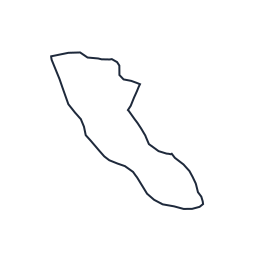 the district of Ifedayo, Osun, Nigeria, rotated 112°
{"feature_id": "59680162B7861486631755", "entity_name": "Ifedayo", "entity_type": "district", "adm_level": 2, "iso_a3": "NGA", "parent_name": "Nigeria", "parent_adm1": "Osun", "projection": "equal_earth", "projection_center": [4.991, 7.987], "detail": "fine", "context": "isolated", "style": "outline", "palette": "slate", "viewbox_px": 256, "rotation_deg": 112, "n_neighbors": 0, "source": "geoboundaries", "source_scale": "gbopen_adm2", "svg_char_len": 1091}
<svg xmlns="http://www.w3.org/2000/svg" viewBox="0 0 256 256"><g transform="rotate(112 128 128)"><path d="M91.0,225.8L93.3,224.4L108.3,209.8L114.5,204.4L117.8,201.5L128.3,192.2L133.5,183.0L136.7,176.6L137.4,175.1L143.3,169.3L150.5,164.5L153.7,157.9L159.9,146.0L163.2,139.4L163.6,138.0L164.9,133.3L164.9,124.5L164.5,116.5L164.6,116.2L165.7,111.5L166.6,107.8L166.8,106.9L169.1,103.3L170.4,101.1L181.8,85.7L184.8,76.9L185.8,67.3L183.4,56.0L182.2,46.1L178.9,38.2L174.3,32.1L170.4,29.9L168.1,31.2L164.2,34.3L161.3,39.1L155.1,43.6L154.1,44.4L153.7,44.8L149.2,49.7L144.9,54.9L141.0,62.9L138.1,73.4L135.5,77.8L136.3,78.5L136.7,80.7L137.3,82.7L137.5,85.1L138.0,91.0L135.1,102.6L129.4,108.3L128.5,109.1L127.0,111.1L123.5,115.7L119.7,121.2L117.5,124.9L112.0,133.5L111.4,134.8L106.4,133.8L104.5,133.8L102.0,133.8L99.0,133.8L97.5,133.8L93.1,133.6L90.1,133.5L86.0,133.5L82.9,133.3L82.9,136.7L83.1,142.7L84.6,150.3L82.1,155.8L73.4,159.4L71.0,162.8L70.2,168.8L71.3,170.6L74.2,178.2L74.7,181.7L77.8,191.9L75.9,200.7L80.6,211.4L90.3,226.1L91.0,225.8Z" fill="none" stroke="#1e293b" stroke-width="2"/></g></svg>